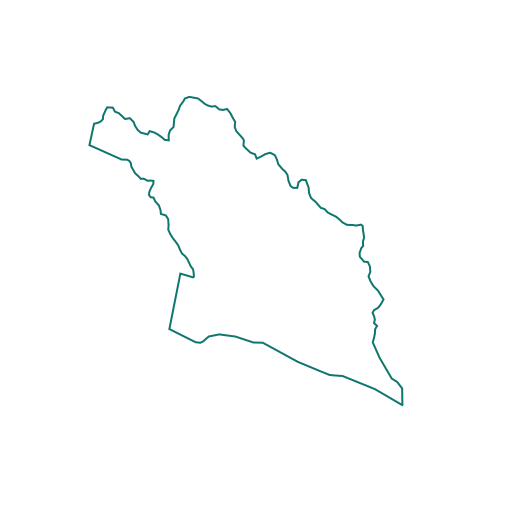 the district of Setiu, Terengganu, Malaysia, rotated 155°
{"feature_id": "92858781B44112931825428", "entity_name": "Setiu", "entity_type": "district", "adm_level": 2, "iso_a3": "MYS", "parent_name": "Malaysia", "parent_adm1": "Terengganu", "projection": "equal_earth", "projection_center": [102.786, 5.461], "detail": "fine", "context": "isolated", "style": "outline", "palette": "teal", "viewbox_px": 512, "rotation_deg": 155, "n_neighbors": 0, "source": "geoboundaries", "source_scale": "gbopen_adm2", "svg_char_len": 2380}
<svg xmlns="http://www.w3.org/2000/svg" viewBox="0 0 512 512"><g transform="rotate(155 256 256)"><path d="M360.1,426.9L355.8,421.9L337.0,400.2L332.0,397.7L330.6,395.6L330.2,392.9L331.2,389.7L330.6,382.2L328.6,377.3L327.8,374.6L325.6,373.8L324.2,372.5L322.6,370.1L319.2,368.7L317.2,367.4L318.6,364.7L322.0,362.3L324.6,360.1L325.6,359.1L327.2,356.6L326.6,353.7L324.2,352.3L324.2,348.0L322.6,342.7L323.2,337.8L324.4,334.3L320.6,330.9L320.0,326.6L322.2,320.9L324.4,316.9L324.4,311.8L323.8,307.2L322.8,302.9L322.0,298.4L322.2,293.5L322.0,289.5L320.3,285.7L319.5,282.0L319.5,278.5L319.5,274.2L318.7,270.4L319.5,267.5L320.9,263.7L322.0,263.2L332.0,272.0L365.4,226.4L347.2,203.4L343.1,200.9L340.0,200.9L337.5,201.7L332.8,203.0L322.5,200.5L308.7,191.7L294.9,178.7L286.5,174.5L262.7,142.2L247.0,125.0L239.5,117.0L233.6,113.6L228.3,110.7L204.5,85.1L186.0,58.4L186.3,59.1L179.5,74.2L181.3,82.2L184.8,87.6L187.0,111.5L186.7,128.3L183.2,132.5L181.0,135.5L179.1,139.2L175.8,141.5L177.4,145.3L175.2,148.0L174.4,151.7L174.4,155.2L171.9,157.1L167.5,157.4L165.1,158.5L162.9,159.8L158.8,162.7L160.1,173.2L162.2,178.7L162.9,184.1L162.6,190.0L159.1,193.3L157.2,198.4L157.2,203.4L160.4,205.1L162.2,211.4L161.0,214.7L157.5,218.5L154.7,219.8L152.9,224.0L150.3,226.9L149.1,230.7L148.2,234.0L146.6,238.2L147.7,240.1L152.2,241.2L155.4,243.3L160.4,245.8L163.5,250.0L164.7,253.3L166.9,257.9L169.7,261.3L172.6,265.1L174.1,269.7L176.9,272.2L179.1,279.8L181.6,285.2L181.3,290.7L179.4,295.7L178.8,303.7L182.3,305.8L186.3,304.9L189.8,300.3L193.5,302.0L195.1,304.9L194.8,310.4L193.2,316.3L193.8,320.1L195.4,323.8L197.0,329.7L196.3,334.7L196.3,339.4L199.5,343.6L204.5,344.4L209.2,344.0L214.2,344.0L213.9,348.6L217.3,352.0L219.5,357.4L220.8,361.2L218.2,365.8L218.2,367.9L221.1,377.6L220.8,381.8L218.2,386.4L218.6,390.2L218.9,396.5L220.1,401.5L224.2,402.3L227.3,404.4L229.5,409.0L233.3,410.3L236.1,412.8L238.0,415.3L239.8,419.1L242.0,423.3L249.2,428.4L253.9,428.8L256.1,427.1L261.4,424.2L264.3,421.2L269.0,417.4L271.8,415.3L276.2,407.8L280.8,406.1L284.0,402.7L286.2,397.7L289.6,399.8L291.5,404.0L293.7,407.8L296.2,411.1L299.6,414.1L302.8,412.0L308.4,416.6L310.0,420.4L310.6,425.0L310.3,429.2L312.1,434.2L316.8,435.5L318.1,438.9L320.0,443.5L322.8,446.4L323.1,451.0L328.1,453.6L330.9,451.5L335.3,447.7L336.9,444.7L340.0,443.5L342.8,443.5L346.9,444.3L360.1,426.9Z" fill="none" stroke="#0f766e" stroke-width="2"/></g></svg>